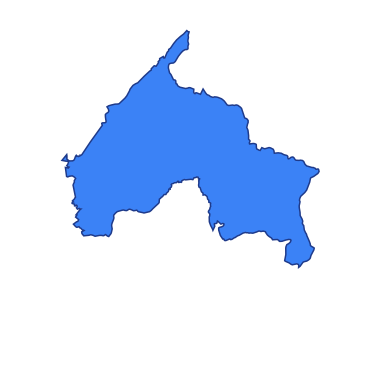 Bozioru, Buzau, Romania, rotated 140°
{"feature_id": "2599482B64947302268999", "entity_name": "Bozioru", "entity_type": "district", "adm_level": 2, "iso_a3": "ROU", "parent_name": "Romania", "parent_adm1": "Buzau", "projection": "robinson", "projection_center": [26.468, 45.407], "detail": "fine", "context": "isolated", "style": "filled", "palette": "blue", "viewbox_px": 384, "rotation_deg": 140, "n_neighbors": 0, "source": "geoboundaries", "source_scale": "gbopen_adm2", "svg_char_len": 6068}
<svg xmlns="http://www.w3.org/2000/svg" viewBox="0 0 384 384"><g transform="rotate(140 192 192)"><path d="M278.1,284.5L277.5,283.4L275.8,282.9L273.3,281.3L272.5,278.9L272.4,277.2L275.0,276.3L275.8,275.1L277.0,274.7L278.7,273.7L284.6,262.9L285.7,262.7L286.7,262.2L289.1,262.1L289.2,260.6L290.4,261.1L291.2,260.3L289.9,258.2L290.9,256.9L290.8,256.7L290.4,256.3L289.1,256.3L288.8,255.7L289.2,254.8L289.5,254.5L290.7,254.2L290.8,252.5L288.9,251.9L288.8,251.1L288.1,250.4L289.6,250.4L295.3,249.1L294.7,248.6L295.0,248.3L297.3,247.6L296.6,243.7L298.3,242.9L299.7,243.4L303.5,243.6L303.4,240.4L303.1,239.3L302.8,238.9L300.9,238.1L301.0,236.8L300.5,235.8L300.3,233.1L299.7,232.7L299.4,231.9L302.1,232.4L302.9,231.2L303.1,230.4L303.1,228.0L298.8,225.1L297.0,224.3L295.7,222.5L294.7,220.4L290.9,218.3L289.6,217.3L288.2,215.8L288.2,215.6L287.4,215.2L285.6,215.0L285.1,212.6L284.4,211.4L280.8,212.2L279.5,213.0L276.9,215.0L275.2,217.9L273.9,219.1L269.1,221.8L268.2,222.7L267.6,223.8L266.7,224.6L264.2,225.0L261.8,225.0L257.1,222.9L255.9,222.1L255.2,220.9L253.9,219.7L251.5,219.3L250.8,218.9L249.9,217.5L248.9,215.3L247.8,214.5L246.0,213.6L245.9,211.9L245.7,211.3L243.1,208.0L242.5,207.1L241.9,206.6L237.1,204.2L235.1,204.1L232.7,204.4L224.8,204.8L223.8,205.2L221.6,207.5L219.9,207.4L219.0,207.7L217.7,207.4L215.1,208.0L213.6,206.9L212.2,207.5L209.9,207.6L208.5,208.4L208.1,209.0L207.5,209.0L206.9,208.2L206.2,209.1L204.6,209.1L203.4,210.0L203.2,211.0L202.4,211.2L200.7,210.5L199.5,210.4L198.0,209.2L195.8,209.3L195.5,208.7L196.1,208.1L196.1,207.9L195.5,207.6L195.2,207.2L194.2,206.8L194.0,206.3L193.5,206.3L192.5,207.2L189.9,206.5L189.1,205.4L184.6,202.4L183.4,200.9L181.3,201.6L179.7,200.6L178.8,200.5L178.3,200.0L177.8,199.3L178.5,198.0L177.7,197.3L178.2,196.8L179.3,196.7L179.5,196.0L180.3,195.5L180.8,194.6L182.5,193.1L183.1,192.1L183.5,191.2L183.0,190.3L183.1,189.9L184.6,186.1L184.3,184.1L185.5,182.5L183.9,181.6L183.4,179.4L183.4,178.7L184.6,176.5L184.5,174.9L185.7,173.2L184.9,171.8L184.9,171.4L186.1,170.4L186.9,169.0L187.9,168.6L189.5,167.4L191.8,166.7L192.4,165.9L192.5,163.7L194.0,162.2L194.8,161.9L197.9,158.0L199.3,154.2L200.1,150.5L200.6,149.2L196.6,151.1L195.5,153.2L195.1,153.3L193.9,152.4L192.9,152.2L191.2,153.4L190.9,152.5L190.5,148.8L188.7,148.2L188.1,147.3L188.1,146.9L189.1,146.1L189.8,145.9L191.5,146.2L193.8,147.3L194.4,147.4L194.9,147.1L196.1,145.5L198.2,140.5L198.7,136.2L198.0,135.8L197.9,135.3L198.2,134.3L198.0,133.6L197.2,133.0L193.3,131.8L193.1,131.6L193.1,130.8L192.0,130.1L188.8,129.7L188.3,129.4L185.2,129.1L183.7,128.5L179.3,127.7L178.0,127.1L177.0,126.6L176.6,125.9L175.4,124.9L174.8,123.9L173.5,123.0L171.8,121.3L168.1,119.8L166.0,119.2L165.4,118.7L164.6,117.4L162.6,116.3L161.3,114.4L161.7,112.8L161.9,110.4L161.5,108.2L160.7,105.6L161.0,103.6L157.2,100.8L156.5,98.8L156.8,98.4L156.5,97.7L154.7,96.4L151.0,94.9L148.4,93.5L147.2,92.3L147.1,91.7L147.3,91.3L148.9,90.4L150.9,90.3L153.2,90.7L155.0,89.8L156.2,88.8L160.3,83.8L165.2,79.8L164.9,78.7L163.1,75.1L162.6,73.0L162.0,71.8L157.9,69.6L157.4,68.7L157.1,68.0L157.4,67.2L158.8,65.7L157.0,65.6L152.3,66.8L151.3,66.7L148.4,65.3L146.2,65.0L144.7,65.1L143.8,65.4L141.7,66.9L135.9,69.3L134.5,70.4L134.4,70.8L135.5,73.8L135.6,75.0L134.8,76.2L133.8,78.9L132.0,85.0L131.4,86.1L131.2,87.7L130.4,90.7L128.0,94.5L128.0,95.7L127.6,97.1L125.9,98.5L125.0,100.8L124.3,104.4L122.3,107.0L120.0,110.9L118.8,112.5L116.1,114.6L115.4,115.3L115.0,116.6L113.7,117.7L111.5,118.8L105.9,119.1L102.9,119.8L95.5,123.9L92.5,126.3L91.8,126.5L88.8,125.7L83.6,125.3L81.5,126.0L80.6,127.7L80.5,128.2L80.7,128.7L82.2,129.5L82.5,130.0L82.3,130.7L83.4,132.9L84.3,133.6L87.4,138.3L87.6,140.7L86.8,143.6L87.1,145.1L88.5,146.7L89.7,147.4L91.8,149.4L92.1,150.0L92.2,150.5L91.9,152.5L92.2,154.0L93.7,154.9L95.9,155.0L96.9,155.5L96.7,156.5L95.8,157.6L95.7,158.3L95.9,159.1L97.6,161.5L98.7,164.3L100.8,166.6L104.0,168.8L102.7,171.0L102.3,172.5L103.4,175.2L104.4,176.5L108.0,178.1L108.8,178.7L110.0,181.1L113.1,180.0L113.8,181.1L114.7,183.4L114.2,184.5L112.3,187.0L112.3,187.7L113.2,189.1L114.0,189.9L117.0,191.8L116.5,192.8L115.0,193.6L114.6,194.2L114.7,196.1L112.4,198.8L109.4,203.4L108.6,206.2L105.7,208.4L104.4,209.1L103.1,210.6L102.9,212.0L103.0,212.8L103.4,213.8L103.9,214.5L104.0,215.0L100.3,224.2L100.4,225.9L101.2,229.0L102.2,230.3L103.9,231.1L105.1,232.6L108.2,234.6L109.1,236.1L108.8,240.7L109.1,242.9L109.5,244.5L111.3,247.8L112.2,249.0L113.6,250.4L115.1,251.0L116.5,253.3L116.8,254.9L117.9,257.0L117.9,259.1L117.3,263.8L122.7,261.4L124.6,264.8L125.2,265.5L126.5,265.4L126.8,266.6L126.5,267.5L124.5,269.6L126.3,273.0L127.2,273.9L128.4,274.3L130.4,275.4L131.9,277.4L133.9,280.1L134.5,281.9L134.6,282.8L134.1,284.4L134.6,285.3L132.9,287.8L132.9,288.4L134.0,290.0L132.6,295.5L132.6,297.7L130.4,302.2L129.0,303.7L128.0,304.4L126.8,304.8L124.9,303.9L123.7,303.0L123.1,302.7L121.0,302.7L115.1,304.8L111.1,305.6L108.6,305.9L106.1,305.6L104.8,304.9L104.4,304.4L103.0,304.3L101.2,306.5L99.5,307.5L98.5,309.8L97.6,310.9L95.5,312.6L94.2,314.6L91.3,316.5L92.1,317.7L92.2,319.0L97.0,318.4L100.8,318.6L106.0,318.4L110.7,317.5L116.0,316.0L118.2,316.2L119.2,315.2L121.2,315.0L126.7,312.2L127.4,312.7L127.5,313.1L127.0,313.8L126.9,314.3L131.0,315.0L132.0,313.8L134.1,313.6L134.6,312.6L138.5,311.4L138.8,311.5L139.4,312.6L139.9,313.0L144.0,312.6L144.8,311.6L146.8,311.8L154.4,311.4L163.4,310.5L165.7,311.2L168.7,311.6L173.3,310.6L174.8,309.7L180.1,307.6L183.0,307.0L191.2,306.5L192.3,307.1L194.5,308.8L198.1,310.6L200.4,311.6L202.4,311.9L202.7,309.5L203.7,307.5L205.1,306.9L207.0,307.2L208.3,307.1L208.7,306.9L210.1,305.1L211.5,302.9L212.0,301.9L212.8,300.9L214.0,300.9L216.3,302.6L217.0,302.6L217.3,302.2L217.9,300.7L237.6,295.7L252.4,291.4L253.7,291.6L254.1,292.2L254.8,291.7L256.1,292.1L256.2,292.9L257.3,293.2L257.1,294.5L258.3,294.2L260.9,292.7L262.1,292.3L263.4,292.6L265.6,294.3L266.2,295.2L266.7,297.8L265.7,298.6L265.7,299.4L264.8,299.7L263.9,301.2L271.3,299.8L268.8,296.7L266.7,294.8L269.3,293.1L271.0,292.7L270.8,291.0L270.2,290.1L271.4,289.9L273.2,292.2L278.1,284.5Z" fill="#3b82f6" stroke="#1e3a8a" stroke-width="1.5"/></g></svg>